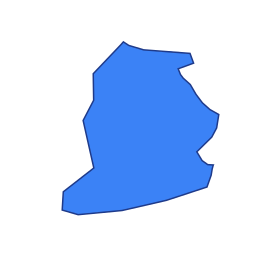 an SVG outline of Hartlepool, rotated 340°
{"feature_id": "GBR-2030", "entity_name": "Hartlepool", "entity_type": "Unitary Authority", "adm_level": 1, "iso_a3": "GBR", "parent_name": "United Kingdom", "parent_adm1": "", "projection": "mercator", "projection_center": [-1.233, 54.666], "detail": "fine", "context": "isolated", "style": "filled", "palette": "blue", "viewbox_px": 256, "rotation_deg": 340, "n_neighbors": 0, "source": "natural_earth", "source_scale": "10m", "svg_char_len": 574}
<svg xmlns="http://www.w3.org/2000/svg" viewBox="0 0 256 256"><g transform="rotate(340 128 128)"><path d="M153.1,45.5L157.0,50.7L169.4,59.9L211.8,79.1L211.8,89.5L195.4,89.5L195.6,95.7L196.9,100.0L201.4,108.5L203.4,119.6L206.5,129.8L211.3,138.7L217.9,146.4L211.3,158.3L203.6,165.2L184.5,173.9L186.5,184.0L190.4,189.7L195.5,191.9L195.4,192.0L193.1,195.3L190.0,200.8L182.0,210.5L180.1,210.4L139.3,209.1L94.2,203.5L51.5,192.4L38.1,182.6L45.4,165.8L82.2,153.9L88.4,105.6L105.2,90.2L113.9,65.1L149.8,47.3L153.1,45.5Z" fill="#3b82f6" stroke="#1e3a8a" stroke-width="1.5"/></g></svg>